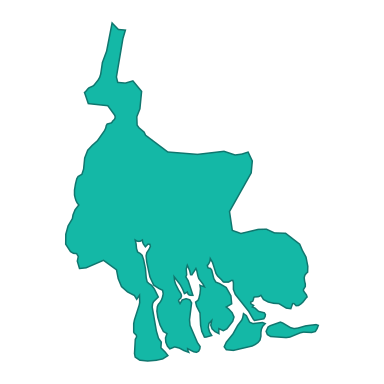 the State of Rivers
{"feature_id": "NGA-2844", "entity_name": "Rivers", "entity_type": "State", "adm_level": 1, "iso_a3": "NGA", "parent_name": "Nigeria", "parent_adm1": "", "projection": "natural_earth1", "projection_center": [6.981, 5.031], "detail": "fine", "context": "isolated", "style": "filled", "palette": "teal", "viewbox_px": 384, "rotation_deg": 0, "n_neighbors": 0, "source": "natural_earth", "source_scale": "10m", "svg_char_len": 4550}
<svg xmlns="http://www.w3.org/2000/svg" viewBox="0 0 384 384"><path d="M307.6,272.2L306.4,273.2L304.8,275.3L304.2,277.7L304.6,281.3L305.3,284.0L305.3,286.5L303.5,289.4L303.5,290.9L306.4,294.9L307.1,297.0L306.4,297.6L302.9,302.1L300.9,303.9L298.5,305.5L296.1,305.7L294.1,303.6L292.6,303.6L290.8,308.7L286.3,308.1L278.9,303.6L273.7,303.3L268.2,302.0L263.5,299.5L260.9,295.3L259.6,296.2L258.2,296.7L254.3,297.0L253.7,297.7L253.4,299.4L252.7,301.2L250.7,302.1L250.7,303.6L252.1,304.6L253.6,305.4L252.3,307.0L255.0,308.1L258.6,311.4L264.3,312.8L265.4,314.5L265.1,316.6L263.8,318.8L254.4,320.5L253.3,319.2L248.6,311.2L235.3,294.4L233.4,289.4L233.4,282.7L232.8,280.4L231.5,280.4L228.5,282.1L223.9,282.1L223.2,281.8L221.4,279.6L217.6,276.0L216.0,273.5L212.5,262.4L210.3,258.6L210.0,261.0L208.9,263.4L207.8,265.0L207.3,265.3L207.9,267.8L209.0,268.2L210.4,268.4L211.7,270.1L213.8,278.6L215.8,282.1L219.6,283.6L226.2,287.5L230.9,295.8L231.7,303.8L226.2,307.0L228.9,309.2L232.1,312.7L234.0,317.0L232.7,321.3L226.9,328.8L223.3,330.7L218.9,328.6L218.8,332.4L218.9,333.6L215.0,331.6L212.1,328.9L210.8,325.2L211.7,320.5L208.9,323.4L208.3,327.4L209.5,331.8L211.7,335.5L206.0,337.1L204.4,337.1L201.8,331.4L200.6,325.3L200.0,312.9L196.6,306.2L195.6,302.1L198.0,300.3L198.9,298.3L200.0,293.8L200.5,288.7L200.0,285.3L201.1,285.9L203.1,286.3L204.4,286.8L203.0,284.1L198.8,278.6L197.9,275.9L196.8,270.7L195.9,268.5L191.9,274.8L190.6,274.7L189.7,270.7L187.3,265.3L186.2,269.0L186.7,274.8L185.8,276.8L188.2,280.8L192.9,295.3L190.7,295.3L189.2,295.0L188.1,294.1L187.3,292.0L186.4,292.6L184.4,293.6L182.5,288.9L180.3,284.8L174.2,276.8L174.6,280.9L175.6,284.1L178.6,290.1L180.3,292.7L181.1,294.2L181.5,296.1L180.7,298.2L179.2,299.4L178.5,300.8L180.0,303.6L182.2,299.9L186.1,298.7L189.8,299.8L191.6,302.9L189.5,319.7L190.0,325.4L197.4,342.6L200.1,346.5L199.8,348.9L198.6,351.2L196.5,352.3L193.8,351.8L191.5,350.7L187.6,348.6L187.7,349.7L188.0,350.8L188.7,352.3L184.0,350.6L179.4,348.1L174.7,346.9L169.8,348.9L167.4,346.1L165.8,342.2L165.5,337.9L167.0,333.6L163.4,331.5L160.1,325.1L157.8,317.4L156.9,311.2L157.3,306.8L158.3,304.4L159.8,302.7L161.3,300.3L162.3,297.8L163.2,293.9L162.6,290.3L159.1,288.6L153.7,285.1L149.9,276.9L146.7,261.8L146.1,255.8L146.8,252.7L149.0,249.3L150.4,246.4L149.9,244.3L148.0,244.1L145.4,246.8L143.4,244.0L142.7,242.3L142.4,240.0L140.6,241.1L138.8,241.4L137.0,241.1L135.2,240.0L136.1,244.1L136.5,248.5L137.6,252.0L140.2,253.5L142.1,255.3L143.6,259.7L145.4,268.5L146.2,277.6L147.1,281.8L149.0,283.6L151.6,285.3L154.4,289.1L158.3,297.0L153.6,301.6L152.6,303.6L152.2,307.1L156.4,331.1L158.5,338.3L161.3,342.1L160.9,347.8L165.2,352.1L167.9,355.6L162.7,358.9L156.1,360.3L147.6,361.0L139.8,360.2L135.2,357.1L134.5,353.6L135.3,339.2L136.4,337.4L136.6,336.3L136.2,335.0L134.2,333.1L133.7,332.1L133.7,323.6L134.5,319.7L139.2,305.1L139.7,302.5L139.5,295.3L136.7,299.3L134.4,295.5L127.5,291.9L121.5,286.6L118.2,278.6L116.5,269.8L103.5,260.3L86.1,267.8L79.5,268.5L77.3,261.1L78.3,256.5L76.6,253.6L73.4,253.3L70.5,251.6L65.7,244.2L65.8,234.2L68.1,225.9L72.4,218.6L73.0,214.9L75.1,209.7L78.8,205.0L77.1,202.8L75.9,200.3L75.1,197.7L74.5,195.0L74.5,190.0L75.5,183.9L76.8,178.7L78.1,176.5L81.9,174.3L83.6,169.1L84.7,158.0L87.7,150.2L92.3,145.3L97.4,140.8L104.5,130.7L105.7,128.1L106.3,125.5L107.2,124.0L111.1,123.0L112.1,122.2L112.4,121.4L114.4,119.4L115.1,118.0L115.1,116.3L114.6,115.1L113.9,114.1L107.8,105.7L88.3,103.6L84.7,93.0L84.5,92.5L85.7,91.5L87.8,88.9L89.0,87.8L92.8,86.1L94.0,85.2L98.1,80.1L99.7,77.3L100.7,74.1L101.7,67.4L102.4,62.5L106.6,51.2L112.1,23.0L118.4,29.5L125.4,30.1L122.9,38.6L116.4,77.0L117.7,82.4L125.3,83.1L132.9,80.9L141.6,91.4L139.9,108.8L136.8,116.7L137.1,125.1L139.0,127.8L144.1,132.1L145.6,135.3L167.8,152.0L197.5,154.4L224.0,151.3L235.1,155.0L241.9,154.1L248.1,152.1L252.3,161.0L251.2,172.9L229.5,211.5L232.3,230.4L240.9,233.5L258.2,229.4L266.4,229.2L274.4,232.9L285.6,233.3L299.7,244.2L302.3,250.3L306.0,257.1L307.8,266.3L307.6,272.2ZM252.9,323.6L262.5,322.5L265.2,323.6L262.7,326.3L261.4,329.2L260.9,332.5L260.9,336.3L260.0,340.1L258.0,342.5L255.2,344.5L252.2,346.0L233.4,350.4L226.3,349.7L224.2,346.8L226.3,342.2L233.0,333.9L237.7,325.4L241.8,320.0L242.7,317.7L243.5,313.6L246.4,315.7L249.6,322.2L252.9,323.6ZM309.2,325.4L316.1,324.6L318.3,325.4L317.1,328.6L315.3,331.5L311.6,332.5L303.5,332.1L300.3,332.8L289.8,337.1L286.1,337.6L270.6,336.5L267.4,334.6L266.1,331.4L268.1,327.0L270.2,325.7L280.4,322.1L282.9,323.1L290.4,327.6L294.1,328.6L297.9,328.1L305.5,325.9L309.2,325.4Z" fill="#14b8a6" stroke="#0f766e" stroke-width="1.5"/></svg>